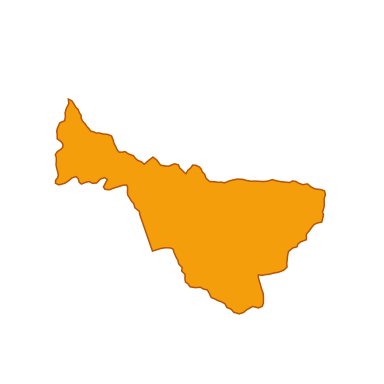 outline of Presidente Alves, São Paulo, Brazil, rotated 248°
{"feature_id": "56859067B62232848878752", "entity_name": "Presidente Alves", "entity_type": "district", "adm_level": 2, "iso_a3": "BRA", "parent_name": "Brazil", "parent_adm1": "São Paulo", "projection": "natural_earth1", "projection_center": [-49.409, -22.123], "detail": "fine", "context": "isolated", "style": "filled", "palette": "amber", "viewbox_px": 384, "rotation_deg": 248, "n_neighbors": 0, "source": "geoboundaries", "source_scale": "gbopen_adm2", "svg_char_len": 2755}
<svg xmlns="http://www.w3.org/2000/svg" viewBox="0 0 384 384"><g transform="rotate(248 192 192)"><path d="M324.4,112.1L320.1,110.9L316.4,106.6L312.8,103.9L309.9,103.1L305.8,100.7L305.7,95.4L301.5,91.1L299.0,89.3L295.3,88.4L291.8,86.9L287.7,89.5L284.7,90.2L282.0,89.0L280.7,86.5L279.9,82.2L277.8,79.2L274.9,79.1L270.9,77.5L268.4,76.2L265.7,75.6L260.3,74.9L257.8,74.4L255.6,72.8L253.9,69.9L251.2,68.7L248.5,71.2L247.7,77.4L248.5,81.3L250.0,86.1L249.8,90.2L247.3,91.5L243.2,91.1L240.8,92.4L240.8,96.8L240.3,100.3L237.2,103.2L236.1,107.1L238.3,111.8L238.1,116.3L235.3,118.2L229.9,111.8L227.1,112.3L225.0,116.2L225.0,119.2L224.8,122.5L224.4,127.1L224.1,131.1L222.8,134.1L220.3,134.0L215.6,131.9L213.2,131.3L209.6,131.9L206.5,132.4L203.2,133.6L198.7,133.2L193.8,135.9L190.2,135.1L152.0,133.2L151.4,141.2L150.6,145.3L149.4,148.5L148.1,151.2L146.1,153.0L142.7,152.7L138.3,152.8L133.7,153.3L130.5,152.7L128.0,153.6L125.7,154.6L122.6,152.8L118.2,154.7L114.4,153.0L111.0,152.2L108.6,153.8L104.8,154.7L102.0,159.4L100.5,164.1L97.8,166.2L95.4,169.6L91.8,170.0L87.0,170.3L83.6,173.7L81.2,175.7L79.2,178.1L76.1,180.7L71.8,181.1L68.7,184.4L64.7,185.7L63.2,187.9L61.3,190.1L61.0,194.6L62.3,198.6L63.2,205.4L59.6,210.2L59.7,214.4L62.3,216.6L66.3,218.3L69.0,219.3L71.9,220.1L75.3,220.1L79.5,220.6L82.3,220.9L84.9,221.1L88.0,221.5L90.4,222.5L88.5,225.6L87.9,228.9L86.9,232.3L86.3,236.9L85.3,241.6L85.1,245.0L85.3,248.3L86.8,252.0L90.3,253.1L93.7,255.0L97.4,256.9L100.7,259.2L102.4,264.6L101.8,268.7L104.3,271.0L105.1,274.8L104.9,280.2L110.1,282.3L112.4,286.8L114.4,289.8L116.1,292.9L116.3,296.5L115.5,301.0L118.4,303.2L121.8,305.5L124.3,305.4L126.6,307.3L129.8,309.6L133.4,310.9L136.3,312.0L139.5,314.7L143.4,315.3L146.2,312.1L148.7,307.3L152.2,304.2L156.2,302.2L157.3,297.5L160.0,294.4L162.9,292.2L164.6,289.3L164.2,286.1L166.0,282.6L168.8,277.5L170.9,274.2L173.4,271.2L173.7,266.5L174.7,262.8L176.2,259.4L178.6,254.4L180.1,250.3L182.1,247.2L184.8,243.6L187.0,238.9L187.8,234.7L188.3,230.5L188.3,225.5L190.2,222.8L191.2,219.8L193.1,216.7L195.1,212.3L199.6,210.1L203.7,210.4L206.9,209.1L209.9,209.1L212.3,208.3L215.2,205.7L216.7,202.7L214.9,199.9L213.6,196.2L211.2,193.2L214.0,191.7L216.4,190.8L218.7,189.6L222.3,189.6L224.7,186.3L224.7,179.9L226.5,176.2L228.8,172.9L232.1,172.0L234.9,171.3L239.0,168.9L237.0,161.9L235.6,158.1L239.2,156.3L241.5,153.6L244.7,152.0L247.7,151.2L250.2,148.3L252.2,146.6L254.5,145.1L255.1,142.3L256.2,139.4L258.8,138.5L262.3,138.3L266.1,137.9L270.4,138.4L274.0,138.4L276.9,135.6L279.0,131.4L281.4,128.2L282.6,125.3L284.6,123.3L286.5,120.8L289.5,120.1L292.3,119.0L295.2,118.5L298.5,117.1L301.9,116.9L304.7,117.9L307.9,117.2L311.2,117.4L314.0,116.0L318.0,115.5L321.7,114.7L324.4,112.1Z" fill="#f59e0b" stroke="#b45309" stroke-width="1.5"/></g></svg>